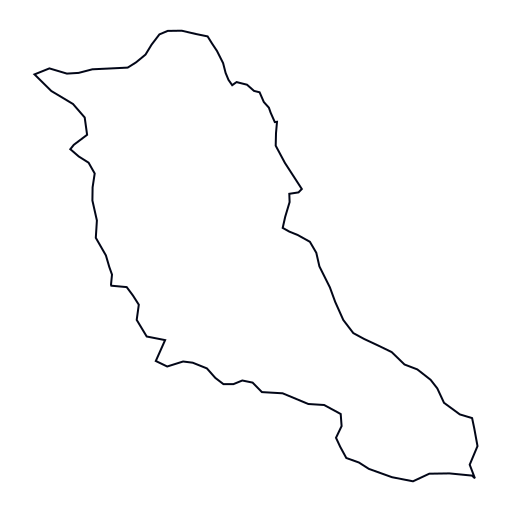 Platanisteia, Limassol, Cyprus (Natural Earth projection)
{"feature_id": "46923920B24225105441994", "entity_name": "Platanisteia", "entity_type": "district", "adm_level": 2, "iso_a3": "CYP", "parent_name": "Cyprus", "parent_adm1": "Limassol", "projection": "natural_earth1", "projection_center": [32.714, 34.708], "detail": "fine", "context": "isolated", "style": "outline", "palette": "ink", "viewbox_px": 512, "rotation_deg": 0, "n_neighbors": 0, "source": "geoboundaries", "source_scale": "gbopen_adm2", "svg_char_len": 1463}
<svg xmlns="http://www.w3.org/2000/svg" viewBox="0 0 512 512"><path d="M474.9,478.3L469.7,464.7L477.5,446.1L474.3,428.6L472.1,418.1L459.8,414.4L444.0,402.8L437.3,388.4L430.6,379.8L423.2,374.0L417.3,369.4L404.5,364.5L391.7,352.1L378.1,345.5L364.2,339.0L353.3,333.1L343.3,320.0L335.2,301.9L329.9,287.4L319.4,266.4L316.3,252.8L309.9,241.8L297.7,235.0L289.3,231.6L282.7,227.9L285.2,216.8L289.6,202.1L289.3,193.8L298.5,192.4L301.8,189.0L295.4,179.1L284.9,162.9L275.7,145.7L276.0,133.2L277.0,121.8L274.8,122.1L270.6,112.6L268.9,107.7L263.8,102.0L259.6,92.3L254.0,90.9L247.0,84.7L236.5,82.1L232.2,85.2L228.5,79.9L225.6,72.9L223.1,63.1L217.0,51.0L211.9,43.3L207.6,36.4L195.9,34.0L181.7,30.7L167.7,30.9L159.4,34.4L151.6,44.6L145.5,54.6L136.0,62.4L127.7,67.6L107.3,68.6L92.4,69.3L78.6,72.9L66.9,73.6L49.4,68.4L34.5,74.4L51.3,91.0L73.0,104.0L84.7,117.5L87.1,134.8L73.8,144.8L70.3,149.2L78.8,156.5L88.6,162.7L94.7,173.5L92.6,187.3L92.4,200.5L96.9,220.5L95.8,237.8L105.9,255.4L109.3,267.0L112.0,274.6L111.0,284.7L111.3,285.7L126.7,287.1L133.0,295.6L138.8,304.7L136.7,319.9L146.7,336.5L165.1,340.1L155.8,361.0L167.2,366.5L183.1,361.5L192.7,362.7L206.9,368.4L215.3,377.9L223.4,384.1L233.5,384.1L242.3,380.5L252.6,382.6L261.9,392.1L282.6,393.3L308.3,404.0L324.1,405.0L340.7,414.0L341.6,426.1L336.0,437.8L340.2,446.8L346.3,458.0L358.9,462.5L368.9,468.9L392.0,477.2L413.0,481.3L429.3,473.7L449.4,473.4L472.0,475.6L474.9,478.3Z" fill="none" stroke="#020617" stroke-width="2"/></svg>